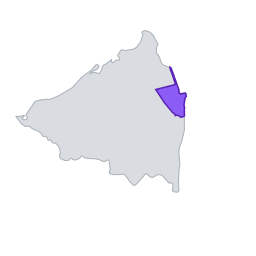 Rivas on a map of Nicaragua (Albers equal-area conic projection), rotated 230°
{"feature_id": "NIC-24", "entity_name": "Rivas", "entity_type": "Department", "adm_level": 1, "iso_a3": "NIC", "parent_name": "Nicaragua", "parent_adm1": "", "projection": "albers", "projection_center": [-85.754, 11.311], "detail": "fine", "context": "in_parent", "style": "filled", "palette": "violet", "viewbox_px": 256, "rotation_deg": 230, "n_neighbors": 0, "source": "natural_earth", "source_scale": "10m", "svg_char_len": 2977}
<svg xmlns="http://www.w3.org/2000/svg" viewBox="0 0 256 256"><g transform="rotate(230 128 128)"><path d="M208.9,49.6L207.9,51.0L206.8,51.9L204.5,56.3L203.8,56.7L203.6,53.4L202.2,53.0L200.6,54.2L199.8,55.9L201.2,58.0L202.4,58.1L203.9,58.6L208.0,73.7L207.2,76.4L204.7,80.6L202.4,84.2L200.1,86.4L197.2,95.9L194.7,111.4L196.7,125.3L195.8,138.1L196.7,141.1L197.0,144.9L195.0,145.6L193.9,145.5L192.8,143.2L192.9,141.1L194.0,138.7L194.5,135.5L193.9,133.8L192.8,137.5L190.8,139.2L189.4,139.7L188.2,141.6L189.6,145.1L191.3,147.7L191.9,149.5L191.3,151.7L191.0,159.2L190.3,159.0L189.7,158.0L187.8,158.0L187.6,161.0L187.8,162.7L186.2,164.0L185.6,165.3L186.9,166.2L188.4,166.7L190.1,166.6L191.6,170.3L192.1,173.3L188.7,176.2L187.6,178.5L185.7,181.3L184.7,184.0L184.4,186.0L185.7,192.3L188.1,196.7L190.0,199.5L192.6,200.1L192.0,203.1L190.1,205.0L186.5,206.6L182.6,206.9L176.2,205.4L173.6,205.3L172.6,204.5L172.2,203.0L170.4,200.8L167.0,197.9L165.1,198.1L161.9,197.5L156.7,195.6L154.2,195.3L150.8,197.0L146.7,199.3L136.9,195.8L130.1,193.4L123.9,191.2L122.2,190.3L120.9,190.5L119.7,191.7L118.4,193.7L118.0,194.3L117.2,194.9L116.4,195.0L116.4,194.0L113.4,190.0L108.6,185.1L90.3,170.0L83.5,161.0L79.9,154.6L76.5,151.2L66.7,144.3L64.4,141.5L54.7,132.3L47.2,126.8L47.1,124.5L50.2,121.7L51.7,121.8L53.3,123.9L56.0,126.2L57.2,126.3L59.1,125.2L59.1,124.1L69.1,123.7L70.9,123.1L72.7,121.4L73.7,119.1L73.8,116.8L74.2,115.2L75.8,113.6L78.8,113.1L81.0,112.9L81.7,111.9L81.0,108.4L79.8,100.0L79.6,97.7L80.0,95.9L80.9,95.3L85.4,94.9L93.7,95.6L95.4,95.1L98.7,90.3L101.8,86.8L104.1,85.2L105.8,84.8L107.9,87.9L114.9,92.3L116.1,92.1L116.8,91.8L117.0,91.2L116.9,89.1L118.7,87.3L122.3,85.6L126.0,82.6L129.7,78.4L132.9,75.8L135.6,75.1L136.7,73.9L136.0,72.4L136.2,70.1L137.3,67.2L138.9,65.6L140.9,65.1L141.8,64.2L141.3,62.8L141.7,61.3L143.6,58.8L148.0,56.7L150.6,57.4L152.7,60.3L155.7,62.2L159.6,63.2L162.6,62.8L164.7,61.0L166.7,60.5L168.4,61.1L169.3,60.7L169.4,59.3L170.3,58.9L171.9,59.7L173.4,59.9L174.7,59.5L175.2,58.8L175.5,58.0L176.5,57.5L179.8,58.0L183.5,57.1L187.7,54.8L190.4,53.8L191.8,54.0L193.4,52.9L195.3,50.3L199.7,49.1L208.9,49.6Z" fill="#d9dde1" stroke="#a8b0b8" stroke-width="1"/><path d="M134.8,195.3L133.5,194.9L128.6,193.0L125.0,191.7L123.8,191.0L122.8,190.1L121.7,189.6L120.5,190.1L119.5,191.4L118.9,192.9L118.0,194.3L116.2,193.6L115.5,193.4L114.9,193.2L114.7,192.5L114.3,191.2L113.7,190.2L109.8,185.8L109.5,185.6L109.3,185.5L108.8,185.1L108.6,185.0L107.4,184.6L106.8,184.1L105.6,182.6L104.6,182.1L103.4,180.8L101.8,179.9L101.3,179.4L101.2,179.1L100.9,178.1L101.9,176.2L102.1,175.7L102.3,175.6L103.5,174.8L104.4,175.0L104.6,174.9L104.8,174.8L105.8,174.3L105.9,174.2L106.3,173.6L106.9,172.3L107.0,172.2L107.4,172.2L107.6,172.3L107.7,172.5L108.1,172.8L109.8,172.5L111.0,172.1L124.4,172.2L139.7,174.0L131.0,191.9L132.5,193.2L135.8,194.4L137.5,195.2L142.4,197.0L145.5,198.0L147.6,199.2L146.7,199.5L145.9,199.4L140.0,197.3L134.8,195.3Z" fill="#8b5cf6" stroke="#5b21b6" stroke-width="1.5"/></g></svg>